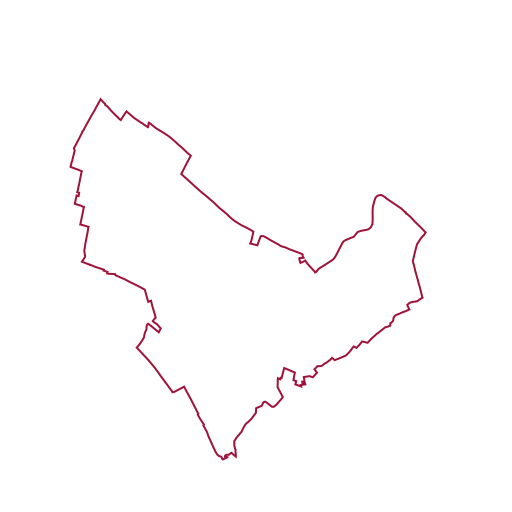 the district of Dorohoi, Botosani, Romania, rotated 256°
{"feature_id": "2599482B4941820035294", "entity_name": "Dorohoi", "entity_type": "district", "adm_level": 2, "iso_a3": "ROU", "parent_name": "Romania", "parent_adm1": "Botosani", "projection": "natural_earth1", "projection_center": [26.424, 47.967], "detail": "fine", "context": "isolated", "style": "outline", "palette": "rose", "viewbox_px": 512, "rotation_deg": 256, "n_neighbors": 0, "source": "geoboundaries", "source_scale": "gbopen_adm2", "svg_char_len": 5992}
<svg xmlns="http://www.w3.org/2000/svg" viewBox="0 0 512 512"><g transform="rotate(256 256 256)"><path d="M281.3,395.9L283.3,394.1L284.3,393.0L284.8,392.3L285.1,391.5L285.0,391.1L285.2,390.2L285.1,389.2L285.0,388.4L284.7,387.7L284.2,386.9L283.7,386.3L283.1,385.7L280.6,384.1L276.4,381.8L275.0,381.1L273.4,380.6L269.9,379.6L263.7,378.2L258.9,376.7L255.9,374.2L254.6,371.0L255.0,364.1L254.7,360.4L250.9,355.4L250.7,352.8L249.8,347.2L249.6,346.2L249.3,345.2L248.8,344.3L248.2,343.5L247.4,342.7L236.5,333.1L235.4,332.0L234.5,330.8L233.8,329.6L233.1,327.6L229.8,318.1L229.0,315.3L228.4,313.8L228.0,313.0L227.3,312.2L226.8,311.8L226.7,311.4L226.6,311.1L226.2,310.9L225.8,309.9L225.7,309.4L226.6,309.2L236.1,304.0L238.2,303.2L239.7,302.7L239.3,301.5L238.9,299.8L238.5,297.5L239.7,297.3L240.4,297.4L240.9,297.3L241.5,297.2L243.1,297.4L243.6,297.8L243.2,299.2L242.8,300.9L242.8,301.7L243.2,301.5L244.6,301.3L246.5,301.5L248.7,298.5L250.9,295.3L252.4,293.1L253.4,291.7L254.6,289.9L257.2,286.6L258.0,285.2L258.7,283.9L259.2,283.2L259.3,283.0L262.8,279.4L267.3,274.5L271.2,270.6L273.5,268.0L274.0,266.2L274.0,265.3L269.0,261.8L266.1,259.9L269.5,253.4L271.8,255.1L280.2,259.4L282.1,257.6L285.0,254.5L289.7,249.0L295.1,243.8L298.1,241.4L301.3,239.3L302.7,238.5L306.2,236.1L310.8,232.6L313.8,230.6L315.3,229.8L316.4,229.0L318.2,227.9L321.4,225.6L326.0,222.4L331.8,218.0L339.6,212.7L345.0,209.2L346.7,208.0L353.6,203.3L363.4,211.8L369.1,217.0L372.8,214.3L378.8,210.5L382.4,207.9L389.2,203.4L393.8,199.9L399.8,194.3L400.3,193.7L403.6,190.4L405.2,189.1L405.9,188.5L409.9,185.6L410.6,185.0L411.3,184.2L410.0,183.6L407.7,182.8L407.2,182.4L407.1,182.2L408.1,181.5L410.2,179.4L411.7,178.3L414.2,175.8L416.4,173.9L418.0,172.4L420.0,170.7L427.7,165.3L422.3,159.4L420.6,157.7L422.3,156.4L423.7,155.6L429.4,152.1L433.1,150.0L434.6,149.3L436.9,148.1L437.8,147.5L438.3,146.8L438.7,146.4L439.2,146.2L439.7,146.4L440.2,146.3L440.9,146.0L442.2,144.9L444.3,144.0L445.4,143.3L445.7,143.2L443.8,141.4L436.7,134.9L436.5,134.7L436.2,134.4L433.6,131.9L432.5,130.8L432.1,130.4L425.2,123.9L419.7,119.0L418.6,117.4L418.3,117.4L416.9,116.3L413.6,113.5L406.2,106.9L405.0,105.7L404.8,105.5L404.3,105.3L402.8,105.7L402.3,105.6L398.9,103.9L396.8,102.7L393.5,101.0L392.5,100.6L391.6,99.7L389.7,98.9L387.9,97.8L387.3,97.6L384.0,102.4L383.0,104.0L381.1,106.5L380.4,107.5L378.6,106.5L376.9,105.7L374.4,104.5L368.4,101.7L366.7,100.8L363.4,99.3L361.2,98.0L360.1,99.7L357.0,98.3L358.1,96.6L350.5,92.8L348.2,96.5L347.2,98.4L346.4,99.0L345.3,100.9L338.1,97.5L329.0,93.1L328.2,94.8L324.8,100.6L323.5,99.9L320.6,98.7L308.2,92.9L307.2,92.6L303.1,90.8L302.4,90.6L296.8,90.1L296.1,89.5L292.6,85.7L288.0,92.2L288.0,92.4L287.6,92.6L287.7,92.8L287.6,93.0L287.2,93.6L285.0,96.4L283.5,98.8L279.5,105.1L278.7,104.6L276.4,108.1L275.1,107.4L274.3,109.0L272.5,115.0L271.2,115.0L269.2,117.8L268.1,119.1L267.7,119.7L266.8,120.8L265.9,122.1L262.6,125.9L261.8,126.7L255.1,134.7L250.3,139.9L249.1,140.0L237.6,140.3L238.0,143.3L231.5,143.3L223.7,143.7L220.5,143.7L219.5,142.2L218.9,141.5L217.8,140.1L216.6,140.8L214.1,143.2L213.3,143.7L212.5,144.1L211.8,144.5L211.4,144.6L208.8,146.1L205.5,143.2L211.4,138.8L212.9,137.8L216.4,134.9L216.1,134.3L215.6,133.7L214.8,133.2L213.9,132.7L212.0,132.2L211.2,131.9L210.8,131.6L209.3,130.3L207.3,129.0L205.5,128.2L204.4,127.8L202.4,126.0L199.9,123.3L197.6,120.5L196.0,118.1L181.4,126.2L172.4,130.6L161.2,135.1L145.5,141.6L144.5,142.0L144.0,142.0L143.9,143.8L146.6,154.6L139.7,156.3L133.0,158.1L118.1,161.5L117.0,161.9L116.1,161.1L111.1,162.5L105.0,164.7L104.8,164.4L104.2,163.9L96.7,166.0L93.5,166.1L84.5,167.7L77.0,169.1L74.1,169.9L72.5,170.5L70.7,171.8L70.6,172.3L70.2,172.9L69.6,173.7L69.3,173.9L68.9,174.0L67.4,174.1L66.9,174.3L66.7,174.4L66.6,174.7L66.6,174.9L67.1,176.6L67.2,176.8L67.1,177.3L67.5,178.8L67.8,179.5L67.9,179.4L68.0,178.7L68.4,177.9L68.7,177.5L68.9,177.4L69.1,177.4L69.5,177.6L69.8,178.0L70.1,178.5L70.2,179.0L70.2,179.8L69.7,181.1L69.7,181.5L70.8,183.8L71.0,184.6L69.0,185.8L66.3,187.9L68.9,188.5L69.5,188.5L71.4,188.8L72.2,189.0L73.0,189.4L74.0,189.1L77.4,189.1L81.8,190.2L82.5,191.2L83.4,192.0L84.2,192.9L84.9,193.8L85.8,194.8L86.8,196.6L87.7,197.5L88.1,198.3L88.5,198.8L88.7,199.1L89.0,199.4L90.0,200.3L90.6,200.9L91.4,201.3L91.8,201.8L93.1,202.9L93.8,203.7L94.4,204.1L95.5,205.4L96.1,206.6L96.7,208.0L98.8,211.7L103.9,218.0L108.3,219.3L109.2,225.3L112.2,227.7L112.5,229.5L110.9,231.1L105.8,235.1L105.4,236.7L106.7,239.7L111.4,246.4L112.7,247.9L123.5,245.2L129.9,247.0L131.0,247.2L132.1,247.7L130.5,249.6L131.8,250.4L131.3,251.2L140.5,256.3L133.5,265.5L128.8,263.3L126.4,262.3L124.8,264.8L121.9,263.1L118.5,268.2L119.9,268.1L119.5,272.8L120.6,272.8L120.7,270.2L122.9,270.4L122.5,272.7L127.0,273.1L126.5,278.8L124.6,281.8L128.1,287.0L131.9,285.3L134.0,288.7L134.3,289.0L133.9,290.2L133.5,292.1L133.5,293.1L134.2,294.9L134.9,296.3L135.2,297.5L135.6,299.0L137.3,302.8L138.8,305.1L135.9,307.2L136.7,313.0L137.7,319.2L140.1,323.2L144.6,328.9L142.6,331.3L144.5,334.5L147.4,338.3L144.8,343.3L148.3,348.7L149.5,351.2L150.5,353.0L151.4,354.7L151.7,355.8L152.7,357.8L155.6,364.2L155.6,366.4L155.6,367.3L155.8,368.2L155.9,369.1L156.0,369.5L156.8,369.7L158.0,369.9L158.3,370.1L158.4,370.4L158.5,371.0L159.0,371.8L159.7,373.0L160.0,373.3L160.4,373.6L162.5,374.4L163.2,374.9L164.3,376.3L164.5,376.8L164.8,377.3L165.1,379.1L165.1,380.5L165.6,382.5L166.0,385.1L166.0,385.6L166.2,387.0L166.3,388.4L166.5,389.1L167.0,391.9L171.0,391.0L172.1,391.0L172.5,392.0L173.3,393.7L173.5,394.9L173.6,396.4L173.4,398.2L173.1,401.5L174.1,404.0L174.8,405.8L175.2,407.5L175.6,407.4L187.2,407.4L189.4,407.2L193.5,407.2L197.2,407.1L203.2,406.9L205.3,407.0L209.9,407.0L212.5,406.8L213.8,407.3L220.8,410.9L224.7,413.0L228.1,414.9L228.5,415.2L231.6,418.5L232.5,419.3L235.1,422.8L235.1,423.0L235.6,423.9L236.3,424.7L237.8,426.3L240.0,425.0L243.1,423.3L250.5,418.7L256.5,415.4L260.6,412.5L260.9,411.8L262.3,411.8L262.6,411.1L267.4,408.1L268.5,407.0L279.8,396.9L280.7,396.1L281.3,395.9Z" fill="none" stroke="#9f1239" stroke-width="2"/></g></svg>